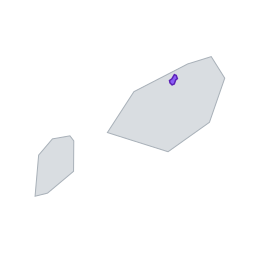 Gżira on a map of Malta (Mercator projection), rotated 288°
{"feature_id": "MLT-5938", "entity_name": "Gżira", "entity_type": "state/province", "adm_level": 1, "iso_a3": "MLT", "parent_name": "Malta", "parent_adm1": "", "projection": "mercator", "projection_center": [14.498, 35.901], "detail": "fine", "context": "in_parent", "style": "filled", "palette": "violet", "viewbox_px": 256, "rotation_deg": 288, "n_neighbors": 0, "source": "natural_earth", "source_scale": "10m", "svg_char_len": 531}
<svg xmlns="http://www.w3.org/2000/svg" viewBox="0 0 256 256"><g transform="rotate(288 128 128)"><path d="M221.6,185.1L205.3,204.6L158.6,203.7L117.8,173.4L117.3,109.8L164.4,122.4L207.4,165.0L221.6,185.1ZM99.0,80.4L70.0,89.6L41.2,71.6L34.4,60.7L74.6,51.4L94.3,59.5L102.6,75.2L99.0,80.4Z" fill="#d9dde1" stroke="#a8b0b8" stroke-width="1"/><path d="M192.9,157.6L190.2,159.7L188.4,158.5L184.2,158.4L182.6,156.6L183.9,154.0L186.0,152.8L188.2,154.5L193.1,155.6L192.9,157.6Z" fill="#8b5cf6" stroke="#5b21b6" stroke-width="1.5"/></g></svg>